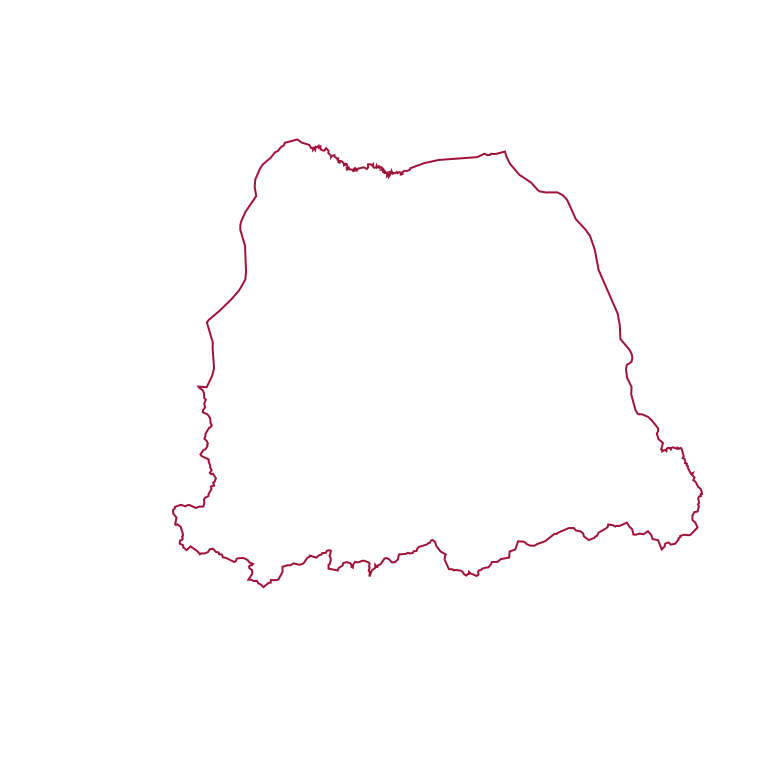 outline of Xaychamphone, Bolikhamxai, Laos, rotated 157°
{"feature_id": "54806243B24736520064001", "entity_name": "Xaychamphone", "entity_type": "district", "adm_level": 2, "iso_a3": "LAO", "parent_name": "Laos", "parent_adm1": "Bolikhamxai", "projection": "orthographic", "projection_center": [104.92, 18.569], "detail": "fine", "context": "isolated", "style": "outline", "palette": "rose", "viewbox_px": 768, "rotation_deg": 157, "n_neighbors": 0, "source": "geoboundaries", "source_scale": "gbopen_adm2", "svg_char_len": 6166}
<svg xmlns="http://www.w3.org/2000/svg" viewBox="0 0 768 768"><g transform="rotate(157 384 384)"><path d="M555.8,454.1L555.4,452.2L553.3,449.5L553.3,445.5L555.0,441.4L554.1,439.2L557.2,436.1L557.8,432.4L560.5,430.9L561.9,428.8L558.6,425.3L557.9,423.6L557.4,420.4L559.0,415.6L558.6,413.3L560.9,411.9L562.3,411.9L567.9,407.8L568.5,406.2L570.7,403.6L569.5,401.0L569.4,397.9L570.8,396.9L570.7,395.9L573.6,393.8L576.0,393.7L580.5,390.9L580.0,388.9L574.8,383.0L575.7,381.4L575.9,376.5L576.6,375.5L576.4,371.8L579.1,370.3L578.3,368.5L576.6,368.3L575.6,362.9L577.8,360.5L579.8,360.0L580.1,356.8L583.4,357.3L583.8,354.7L588.2,351.5L589.5,349.4L593.1,349.2L594.8,348.1L595.9,344.6L598.1,341.8L602.1,343.3L605.6,343.4L610.3,348.6L612.5,349.3L614.4,348.9L618.1,352.1L624.3,352.6L625.1,351.3L627.5,350.3L628.6,346.9L627.2,342.2L631.0,336.5L630.7,335.6L629.2,335.6L627.0,332.0L627.6,325.4L628.3,322.9L629.5,322.5L629.6,320.4L630.8,319.5L632.9,319.6L634.5,316.9L632.0,314.2L632.6,312.0L630.7,308.3L625.5,310.1L621.1,303.0L620.0,299.1L618.4,299.6L615.8,298.2L611.9,298.0L609.0,299.9L605.8,299.2L604.4,295.2L602.0,293.4L602.3,291.9L599.7,290.1L600.1,287.5L597.0,285.3L591.5,278.7L589.5,278.9L588.0,280.6L586.0,280.5L581.5,278.8L579.7,277.0L578.0,274.6L577.7,272.5L574.9,269.5L576.3,268.8L578.3,269.3L579.7,268.5L579.8,266.7L578.1,264.3L579.3,260.9L585.3,256.8L582.6,255.6L581.0,253.6L577.8,252.3L577.6,249.6L575.7,247.6L574.4,244.1L567.9,246.0L565.9,245.4L564.7,247.7L559.5,245.4L557.4,245.4L550.9,250.6L548.8,255.4L543.7,254.9L540.9,253.7L537.3,254.2L532.6,250.7L529.4,250.2L527.6,250.6L522.5,254.0L520.2,254.0L519.3,255.0L514.2,250.6L510.6,251.7L508.2,251.4L507.0,252.5L503.6,251.3L501.8,252.7L500.4,252.6L498.7,252.0L498.1,251.0L501.3,247.0L501.1,244.5L502.0,242.3L504.4,239.4L505.7,239.2L507.2,235.8L499.5,230.4L497.5,232.4L493.3,233.0L491.2,235.1L487.9,234.5L485.1,232.4L484.7,230.4L485.4,228.2L484.4,227.1L483.2,229.5L480.2,231.6L477.5,229.9L473.3,229.8L471.0,228.9L467.5,225.2L467.5,224.0L469.0,222.1L469.0,220.5L471.1,218.0L470.5,216.6L472.6,212.4L467.8,217.4L464.0,218.1L462.7,220.8L462.2,218.4L461.6,218.1L460.4,219.4L457.6,219.4L451.8,223.1L450.2,223.1L447.9,220.9L446.5,216.8L443.5,215.7L439.8,217.1L436.8,221.2L430.4,219.1L427.9,219.3L426.6,218.0L423.6,217.2L421.9,218.5L419.4,217.5L417.9,219.3L415.4,220.4L407.1,219.5L405.7,220.2L403.8,219.9L402.0,221.4L400.5,221.6L398.7,218.9L399.1,214.2L397.4,207.8L393.7,202.8L395.1,201.8L396.8,198.7L396.6,188.2L393.2,186.6L392.7,185.2L390.7,184.9L386.0,182.0L384.9,180.0L384.6,177.5L383.0,175.5L381.3,176.3L380.2,175.9L379.2,177.8L378.3,175.8L373.7,171.1L371.5,171.7L370.8,174.4L369.3,175.4L367.8,174.8L365.5,175.6L362.1,175.2L359.5,174.4L355.6,176.5L354.4,178.0L349.0,175.9L344.9,177.2L336.7,175.3L333.7,180.8L327.9,180.3L322.0,186.8L317.1,184.3L315.8,182.7L315.3,180.9L312.3,177.9L308.3,176.3L305.3,176.8L297.0,176.3L285.6,179.5L283.5,178.5L282.2,179.1L270.3,179.2L265.7,177.4L264.5,174.1L260.4,171.3L259.1,168.7L259.5,165.7L256.5,160.3L250.0,160.2L249.2,161.0L247.2,161.0L244.6,163.3L235.7,164.4L233.6,165.3L232.5,167.1L228.4,164.5L226.8,162.4L225.6,162.7L222.8,161.3L214.7,161.5L213.8,156.5L212.3,153.5L213.2,147.9L211.2,146.9L207.1,146.4L203.9,144.3L198.6,145.3L197.0,140.5L197.4,136.3L192.7,133.1L193.0,123.2L189.0,124.9L188.1,126.8L185.9,127.3L183.9,126.9L182.8,124.1L178.3,123.2L173.6,125.7L173.3,126.8L171.0,127.3L170.8,128.3L166.9,128.1L162.3,125.6L160.8,125.5L151.5,129.3L151.5,134.4L153.2,138.2L151.6,142.2L148.5,144.8L145.1,144.1L141.9,148.5L142.0,150.5L140.4,151.4L139.5,155.9L137.9,157.4L136.1,157.0L135.4,158.9L134.2,158.5L133.9,159.2L133.5,163.4L135.0,166.5L135.4,172.1L136.9,174.6L134.7,176.6L135.9,180.0L134.5,181.4L136.5,181.3L137.1,188.2L136.4,189.2L137.2,190.8L136.3,192.4L137.8,193.5L136.9,194.7L136.7,197.8L138.0,199.0L136.3,200.5L135.4,208.0L135.8,209.2L137.2,209.0L138.6,210.5L138.8,209.5L139.3,209.7L142.8,212.8L144.2,212.9L145.5,211.7L145.9,213.4L147.8,214.3L148.8,214.0L150.3,211.9L151.2,213.6L154.3,213.3L153.7,214.9L154.4,215.5L150.2,220.7L152.9,226.1L152.3,231.6L150.1,233.6L149.0,235.6L149.2,236.9L151.6,245.6L153.9,250.7L158.1,255.1L162.0,257.1L162.7,261.7L160.5,277.8L157.3,284.6L157.8,294.5L155.5,303.0L153.0,306.7L147.5,307.7L145.2,310.9L144.3,314.7L144.7,319.8L148.8,332.9L144.0,346.1L141.4,357.3L141.9,405.2L137.5,425.2L136.5,439.8L138.1,447.1L143.0,460.8L143.5,481.5L144.3,484.4L145.8,488.2L149.6,492.7L160.2,497.1L165.5,500.5L166.5,502.0L169.9,511.9L177.6,523.6L182.0,537.5L182.5,545.4L181.8,550.7L191.6,552.1L195.7,554.1L197.3,553.4L199.6,554.5L201.5,556.7L209.6,556.4L245.9,568.8L260.5,571.6L275.1,572.3L276.5,571.2L279.1,571.0L282.1,572.3L284.5,571.7L284.8,570.0L286.7,570.2L286.0,571.7L287.0,573.1L289.1,572.7L289.3,574.2L291.4,573.6L292.8,574.5L293.7,574.2L293.8,577.2L294.8,575.8L296.1,577.0L296.4,576.3L295.6,574.9L298.7,572.8L298.3,574.9L300.0,574.2L298.4,577.3L300.9,577.9L301.5,578.8L300.0,579.0L300.4,580.4L299.7,581.0L301.8,580.4L301.7,581.8L302.6,582.2L300.9,582.7L301.9,584.8L303.6,584.5L303.6,586.5L304.5,586.3L304.2,585.1L305.0,586.3L305.9,586.0L305.6,587.8L306.9,586.4L308.8,587.0L309.1,588.3L308.2,590.5L309.6,589.9L310.8,591.7L312.9,592.4L314.0,589.6L315.7,588.6L317.9,591.3L324.1,592.5L325.5,591.2L326.2,594.1L327.2,593.9L326.8,591.8L329.2,592.0L329.2,593.4L332.1,595.3L331.9,596.6L334.3,595.8L334.0,597.5L332.7,597.7L332.4,601.0L333.4,601.7L334.2,600.7L335.4,600.8L334.8,602.5L335.6,605.2L337.1,606.4L338.4,605.1L339.3,606.2L338.4,607.5L339.1,608.5L338.1,609.6L339.2,610.0L340.6,612.7L340.2,614.1L342.8,614.2L344.0,613.5L343.5,614.6L345.0,618.4L343.9,620.4L345.2,623.7L347.6,622.1L349.1,622.9L350.7,624.8L349.7,627.4L351.6,627.0L351.1,628.8L353.0,628.2L354.2,629.0L355.8,626.4L356.1,628.3L357.7,627.4L356.9,629.1L358.8,629.5L359.3,633.2L365.6,638.5L368.1,642.9L381.1,644.8L382.9,642.8L386.3,642.3L390.6,639.9L393.6,639.9L399.8,636.6L410.1,633.3L414.1,630.6L422.5,622.6L425.9,616.3L428.2,606.9L444.4,596.5L452.3,589.1L454.2,586.3L456.0,582.2L457.9,565.6L467.2,541.1L470.9,534.3L480.6,526.9L490.3,522.1L506.5,515.7L520.2,511.5L523.0,509.8L525.3,489.3L527.7,484.1L534.3,464.9L539.0,458.7L548.5,450.3L555.8,454.1Z" fill="none" stroke="#9f1239" stroke-width="2"/></g></svg>